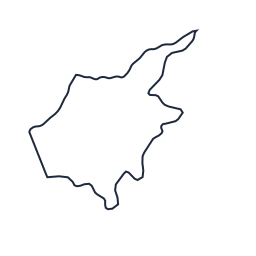 SVG path tracing the border of Mchinji, rotated 252°
{"feature_id": "MWI-1911", "entity_name": "Mchinji", "entity_type": "District", "adm_level": 1, "iso_a3": "MWI", "parent_name": "Malawi", "parent_adm1": "", "projection": "orthographic", "projection_center": [33.108, -13.784], "detail": "fine", "context": "isolated", "style": "outline", "palette": "slate", "viewbox_px": 256, "rotation_deg": 252, "n_neighbors": 0, "source": "natural_earth", "source_scale": "10m", "svg_char_len": 1676}
<svg xmlns="http://www.w3.org/2000/svg" viewBox="0 0 256 256"><g transform="rotate(252 128 128)"><path d="M65.8,83.8L68.4,83.3L74.0,78.5L76.7,76.8L84.4,75.6L87.0,73.7L88.0,68.9L87.8,65.0L88.3,61.7L90.0,59.4L93.8,58.8L99.7,55.6L103.4,47.5L106.1,36.1L109.0,35.8L154.6,32.9L155.7,33.6L157.0,34.9L158.0,38.0L158.0,40.3L157.1,44.6L157.3,47.2L158.3,49.9L161.7,57.1L163.9,63.1L165.8,66.6L168.2,69.7L175.6,76.7L178.5,80.2L180.6,82.1L186.3,85.5L194.6,95.0L193.2,98.0L191.9,99.8L191.2,100.6L189.9,102.4L189.0,104.5L188.3,106.9L187.8,107.9L185.0,111.1L184.5,112.0L184.1,113.0L184.0,114.2L184.5,115.8L184.7,117.5L184.3,119.9L183.7,121.3L183.0,122.5L181.8,124.2L181.2,125.2L180.9,126.8L180.7,132.2L180.2,133.9L179.6,135.3L178.3,136.9L178.0,138.3L178.2,140.2L180.3,144.2L182.1,146.6L183.9,148.5L185.4,149.7L186.8,151.3L187.6,152.8L190.8,160.8L194.9,167.1L195.8,169.3L196.2,171.9L195.8,174.6L195.1,176.4L194.9,177.8L194.9,179.7L196.3,186.2L195.9,189.6L194.3,194.3L193.9,196.9L194.4,199.9L197.5,208.6L199.9,219.2L199.4,223.1L198.8,222.0L197.3,220.6L195.5,219.8L192.5,217.9L190.8,216.0L185.7,207.4L184.8,203.6L185.8,193.0L183.6,187.0L178.9,183.3L167.6,177.0L164.1,172.7L157.6,160.5L154.7,158.1L152.6,159.2L150.6,164.6L148.8,166.5L141.6,168.6L138.7,170.1L135.9,173.3L129.5,183.8L125.7,184.8L120.9,178.5L119.8,175.3L120.5,164.6L120.9,163.3L120.8,162.2L119.7,160.4L118.0,159.6L114.3,159.8L112.6,158.3L111.3,155.0L110.8,151.8L110.0,148.6L99.7,135.9L96.7,133.2L90.4,130.9L82.7,129.4L76.8,126.7L75.6,120.9L77.8,118.6L85.4,114.9L87.2,112.6L86.0,110.1L78.1,99.0L72.7,96.5L65.1,96.5L58.5,95.0L56.1,88.2L57.0,83.8L59.0,82.2L61.9,82.5L65.8,83.8Z" fill="none" stroke="#1e293b" stroke-width="2"/></g></svg>